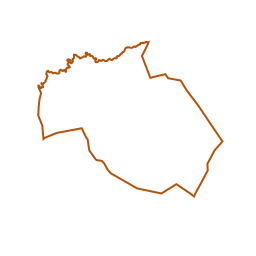 Buucagaan, Bayanhongor, Mongolia (Robinson projection), rotated 248°
{"feature_id": "93677404B41797209150510", "entity_name": "Buucagaan", "entity_type": "district", "adm_level": 2, "iso_a3": "MNG", "parent_name": "Mongolia", "parent_adm1": "Bayanhongor", "projection": "robinson", "projection_center": [99.259, 46.209], "detail": "fine", "context": "isolated", "style": "outline", "palette": "amber", "viewbox_px": 256, "rotation_deg": 248, "n_neighbors": 0, "source": "geoboundaries", "source_scale": "gbopen_adm2", "svg_char_len": 5760}
<svg xmlns="http://www.w3.org/2000/svg" viewBox="0 0 256 256"><g transform="rotate(248 128 128)"><path d="M200.1,179.2L200.2,178.6L200.2,178.3L200.5,177.8L200.9,177.2L201.0,176.8L201.0,176.5L200.9,176.1L200.7,175.9L200.7,175.6L200.9,174.9L201.1,174.6L201.0,174.4L201.0,174.1L201.1,173.9L201.4,173.6L201.5,173.5L201.5,172.9L201.7,172.5L202.0,172.1L202.1,171.4L202.0,171.2L201.7,170.9L201.4,170.7L201.0,170.5L200.9,170.2L201.0,170.0L201.1,169.7L201.3,169.2L201.3,168.8L200.9,168.2L200.8,167.9L201.0,167.4L200.9,167.1L200.8,166.9L200.8,166.6L200.7,166.4L200.5,166.2L200.4,165.9L200.3,165.4L200.4,165.2L200.5,165.1L200.8,165.1L201.0,164.9L201.1,164.6L201.2,164.4L201.2,163.9L201.2,163.6L201.0,163.2L200.9,162.7L200.9,162.3L201.0,161.6L201.1,161.1L201.3,160.6L201.9,159.9L202.2,159.6L202.4,159.3L202.5,158.7L202.6,158.4L202.8,158.2L203.0,157.9L203.0,157.6L203.0,157.4L203.0,157.1L203.0,156.9L203.1,156.7L203.0,156.2L202.8,155.4L202.4,155.0L202.0,154.7L201.7,154.3L201.4,154.0L201.1,153.8L200.8,153.5L200.5,153.3L200.3,152.7L200.2,152.1L200.2,151.7L200.3,151.6L200.4,151.4L200.4,151.2L200.2,151.0L199.9,150.7L199.6,150.4L199.4,150.3L199.3,150.0L199.4,149.8L199.5,149.5L199.3,149.0L199.1,148.6L198.8,148.0L198.3,147.3L198.2,146.8L198.2,146.4L198.3,146.1L198.6,145.7L198.7,145.4L198.7,145.2L198.5,144.8L198.5,144.4L198.4,144.2L198.2,144.1L197.1,143.9L196.9,143.6L197.0,143.2L197.1,142.9L197.5,142.0L197.7,141.7L197.7,140.2L197.3,139.7L197.1,139.5L197.0,139.1L197.0,138.8L197.1,138.5L197.3,138.1L197.6,137.9L197.8,137.4L198.0,137.2L198.3,137.1L198.8,137.1L199.1,136.9L199.1,136.6L199.1,136.3L198.9,136.0L198.9,135.4L198.8,135.0L198.5,134.5L198.2,134.1L198.1,133.6L198.3,133.1L198.5,132.5L198.6,132.0L198.7,131.8L199.2,131.5L200.0,131.0L200.6,130.3L200.7,130.1L200.6,129.8L200.3,129.5L200.1,129.1L200.2,128.8L200.3,128.4L200.5,127.9L200.7,127.6L201.1,127.5L201.4,127.3L201.6,127.0L201.8,126.6L201.8,126.4L201.6,126.1L201.0,125.2L200.7,124.3L200.8,123.5L200.9,123.1L201.3,122.7L201.8,122.6L202.3,122.7L203.1,123.3L203.6,124.1L204.0,124.4L204.3,124.5L204.7,124.3L204.9,124.1L204.9,123.9L204.7,123.6L204.6,123.1L204.7,122.8L204.8,122.6L205.4,122.2L206.5,122.1L207.2,122.2L207.7,122.0L208.2,121.8L208.5,121.5L208.7,121.2L208.8,120.8L208.7,120.2L208.9,120.0L209.1,119.9L209.5,119.9L209.8,120.0L210.3,120.1L210.7,120.2L210.9,120.2L211.0,120.0L210.9,119.6L210.7,119.2L210.8,118.8L210.8,118.4L211.0,118.1L211.4,118.1L212.1,118.3L212.8,118.2L213.2,118.1L213.3,117.9L213.3,117.7L213.3,117.4L213.5,117.1L213.3,116.9L213.0,116.6L212.7,116.5L212.4,116.6L212.0,116.7L211.4,116.6L210.9,116.4L210.4,116.1L210.0,115.8L209.8,115.5L209.9,115.3L210.3,115.1L210.5,114.8L210.7,114.5L210.9,114.3L211.0,113.7L210.9,113.4L210.6,112.8L210.5,112.0L210.7,111.2L210.6,110.8L210.4,110.5L210.4,110.3L210.5,109.9L210.5,109.6L210.7,109.4L211.2,109.4L211.5,109.4L211.9,109.2L212.2,109.0L212.7,108.5L213.3,108.1L214.1,107.7L214.7,107.5L215.0,107.3L215.3,107.0L215.4,106.7L215.4,106.3L215.5,106.1L215.6,105.9L215.8,105.6L216.1,105.5L216.2,105.3L216.0,105.2L215.7,105.1L214.8,104.8L214.1,104.5L213.0,103.9L212.9,103.6L212.8,102.9L212.8,102.7L212.7,102.5L212.4,102.4L212.2,102.4L211.8,102.3L211.5,102.0L211.2,101.9L210.7,101.9L210.3,101.7L209.8,101.3L209.4,100.5L209.3,100.0L209.3,99.5L209.4,99.3L209.8,99.1L210.3,99.0L210.7,99.3L211.4,99.6L211.8,99.9L212.2,100.0L212.5,100.0L212.7,99.8L213.1,99.3L213.4,99.1L214.0,98.4L214.1,98.1L214.1,97.8L213.9,97.5L213.6,97.1L213.4,97.0L213.2,97.1L212.8,97.2L212.2,97.4L211.9,97.4L211.7,97.5L211.4,97.5L211.2,97.4L210.6,97.0L210.4,96.8L210.2,96.4L209.9,96.0L209.7,95.8L209.4,95.8L208.9,96.0L208.6,96.2L208.3,96.5L207.5,96.6L207.0,96.8L206.5,96.9L206.3,96.8L206.1,96.7L206.1,96.3L206.1,95.8L206.5,94.9L206.7,94.2L206.7,93.8L206.5,93.6L206.1,93.3L205.9,93.0L205.8,92.7L205.7,92.5L205.6,92.2L205.6,91.9L205.6,91.7L205.4,91.6L204.9,91.7L204.5,91.8L204.1,91.9L203.7,91.9L203.4,91.6L203.5,91.3L203.6,91.1L203.9,91.0L204.3,91.0L204.8,90.9L205.1,90.7L205.5,90.3L205.6,90.1L205.7,89.8L205.5,89.6L205.3,89.3L205.2,88.9L205.3,88.6L205.5,88.4L206.2,88.2L206.8,87.8L207.1,87.5L207.3,87.3L207.3,87.1L207.3,86.9L207.1,86.7L207.0,86.4L206.8,86.2L206.6,85.7L206.0,85.6L205.5,85.4L204.7,84.8L204.6,84.5L204.5,84.2L204.9,83.5L205.0,83.3L205.0,83.0L205.0,82.6L205.3,82.3L205.5,82.1L205.9,81.8L206.2,81.6L206.4,81.2L206.7,80.7L206.8,80.3L206.8,79.9L206.8,79.3L206.8,79.0L206.9,78.8L207.2,78.6L207.6,78.4L208.2,78.3L208.4,78.2L208.6,77.9L208.7,77.5L208.8,77.1L208.9,76.8L208.9,76.6L209.0,76.2L209.7,75.6L210.2,75.6L210.6,75.5L210.8,75.5L211.0,75.3L210.9,74.5L210.8,74.1L210.5,73.8L210.2,73.5L209.9,73.3L209.4,73.0L208.8,72.6L208.6,72.4L208.3,72.5L207.7,72.7L207.0,72.7L206.5,72.6L206.1,72.7L205.8,72.6L205.5,71.9L205.1,71.7L204.4,71.2L203.4,70.2L203.1,69.5L202.9,69.2L202.6,69.1L202.1,69.0L201.8,68.7L201.6,68.2L201.4,67.5L201.2,66.5L200.9,66.1L200.9,65.4L200.9,65.2L201.2,65.0L201.4,64.9L201.9,64.7L201.7,64.3L201.4,64.3L201.1,64.4L200.6,64.6L200.2,64.9L199.9,65.0L199.6,64.8L199.1,64.6L198.9,64.5L198.7,64.7L198.2,64.8L197.8,64.6L197.7,64.4L198.2,63.8L198.3,63.6L198.3,63.4L197.8,62.9L197.7,62.7L197.6,62.4L197.7,62.2L197.9,62.0L198.7,61.6L199.2,61.5L200.2,61.5L200.5,61.3L200.9,61.0L201.0,60.8L200.9,60.7L200.7,60.7L200.4,60.7L199.7,60.6L199.2,60.2L193.1,60.6L187.9,56.8L181.5,53.3L173.3,49.5L162.4,49.4L149.4,45.5L150.1,47.6L150.1,60.2L145.1,84.9L133.9,85.8L132.6,86.3L122.9,84.0L121.7,83.7L110.9,86.3L109.6,87.4L108.8,89.0L107.3,91.4L104.0,92.7L97.4,93.4L92.5,95.0L68.5,113.9L54.8,134.4L57.8,151.8L44.0,161.1L39.8,163.6L41.9,165.8L42.0,165.9L45.4,169.9L48.0,173.2L58.7,186.0L65.0,188.2L75.0,200.2L80.1,210.5L123.1,201.4L140.8,196.5L152.3,194.6L159.1,183.9L163.9,182.8L165.1,174.9L166.2,167.5L189.5,167.9L197.8,177.3L200.1,179.2Z" fill="none" stroke="#b45309" stroke-width="2"/></g></svg>